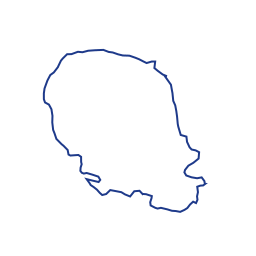 outline of Tersefanou, Larnaca, Cyprus, rotated 112°
{"feature_id": "46923920B60167976354969", "entity_name": "Tersefanou", "entity_type": "district", "adm_level": 2, "iso_a3": "CYP", "parent_name": "Cyprus", "parent_adm1": "Larnaca", "projection": "albers", "projection_center": [33.549, 34.861], "detail": "fine", "context": "isolated", "style": "outline", "palette": "blue", "viewbox_px": 256, "rotation_deg": 112, "n_neighbors": 0, "source": "geoboundaries", "source_scale": "gbopen_adm2", "svg_char_len": 1684}
<svg xmlns="http://www.w3.org/2000/svg" viewBox="0 0 256 256"><g transform="rotate(112 128 128)"><path d="M65.4,111.3L65.4,115.8L63.8,122.0L62.5,126.0L56.2,127.7L57.5,130.9L60.8,135.1L60.5,139.2L60.1,143.4L60.1,147.5L60.4,153.6L60.6,154.3L62.7,160.0L63.3,164.1L63.4,164.8L63.7,170.5L64.7,174.4L64.8,180.1L68.4,188.0L71.3,193.9L74.8,198.6L76.1,203.0L80.7,208.1L82.4,212.1L87.9,214.5L90.7,215.4L97.0,215.8L97.8,215.8L104.3,217.6L108.0,219.9L113.1,220.4L114.3,220.5L122.6,220.2L127.4,219.0L132.8,216.8L135.4,214.5L135.9,210.1L139.3,206.0L145.0,202.6L151.2,200.3L157.8,196.7L160.4,194.2L164.6,190.6L164.9,190.4L167.9,183.5L168.6,181.2L171.0,175.7L174.9,173.2L175.1,171.1L173.1,167.0L171.6,163.9L172.3,160.7L177.1,158.7L178.9,157.4L182.5,157.1L185.6,156.1L186.8,154.1L186.8,151.9L185.2,149.5L184.6,143.6L184.2,137.3L186.5,134.3L189.1,135.0L190.3,142.8L190.9,147.2L193.5,143.0L194.9,141.2L195.6,137.8L196.8,133.7L198.7,129.9L199.8,126.8L197.4,123.5L192.2,121.2L191.3,116.7L190.0,110.1L190.7,105.9L190.7,100.4L184.3,98.5L181.9,93.8L183.8,89.7L183.6,89.6L182.6,86.4L182.2,80.4L184.3,79.9L188.5,79.6L191.3,78.0L191.8,72.8L191.6,70.4L189.7,67.6L188.7,61.0L188.3,56.3L187.1,52.6L186.2,48.2L182.8,45.0L180.0,43.0L175.7,41.8L171.9,40.0L172.1,36.8L168.5,36.7L165.5,38.4L161.3,39.1L156.5,41.8L154.3,39.3L153.1,36.8L150.9,35.5L151.0,35.8L148.6,37.3L146.2,41.2L148.7,45.1L149.9,50.6L150.2,56.2L148.0,59.1L145.5,59.4L140.3,57.9L135.8,54.4L129.9,51.1L123.8,53.0L123.4,56.9L124.1,61.0L122.8,63.7L118.7,68.1L114.1,70.6L114.7,76.5L107.9,81.9L105.6,83.4L99.0,86.8L94.3,89.5L89.3,92.7L85.9,96.2L78.9,99.9L76.9,101.2L71.8,104.4L65.9,113.6L65.4,111.3Z" fill="none" stroke="#1e3a8a" stroke-width="2"/></g></svg>